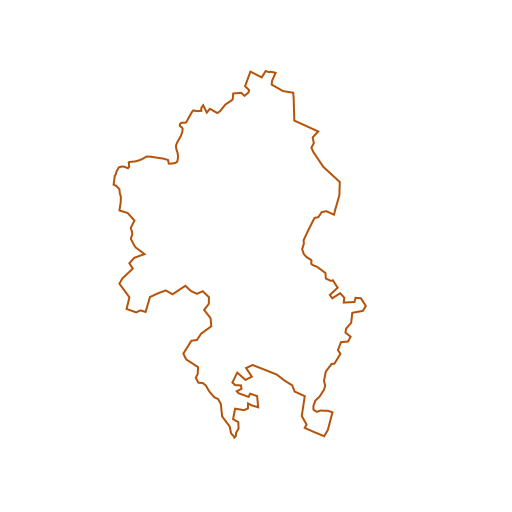 the Province of Gauteng, rotated 127°
{"feature_id": "ZAF-1208", "entity_name": "Gauteng", "entity_type": "Province", "adm_level": 1, "iso_a3": "ZAF", "parent_name": "South Africa", "parent_adm1": "", "projection": "orthographic", "projection_center": [28.225, -26.009], "detail": "fine", "context": "isolated", "style": "outline", "palette": "amber", "viewbox_px": 512, "rotation_deg": 127, "n_neighbors": 0, "source": "natural_earth", "source_scale": "10m", "svg_char_len": 3114}
<svg xmlns="http://www.w3.org/2000/svg" viewBox="0 0 512 512"><g transform="rotate(127 256 256)"><path d="M167.4,388.9L171.1,381.6L166.2,381.4L165.1,372.9L162.1,371.9L153.5,371.6L145.1,368.8L139.9,372.0L134.6,366.0L135.0,361.6L130.1,360.4L127.7,361.3L127.0,366.9L112.1,371.4L109.9,358.9L102.5,359.6L101.3,356.1L100.0,355.2L97.9,350.6L106.5,348.6L109.7,346.6L108.7,339.0L108.1,333.8L103.2,324.5L107.9,320.4L124.8,306.9L119.1,281.3L127.2,282.1L131.1,277.7L136.1,277.0L138.5,272.7L144.3,255.9L146.5,233.6L157.3,226.0L170.8,220.8L176.1,218.6L177.9,226.8L181.4,229.9L187.5,229.6L190.4,232.2L203.2,229.9L214.7,227.5L217.3,225.2L222.7,223.3L225.7,219.0L226.4,215.3L226.2,212.0L225.9,209.9L226.3,209.0L226.4,208.7L227.5,208.3L229.0,207.1L229.1,205.8L228.7,203.4L227.9,201.3L227.8,190.3L232.0,186.6L230.7,181.0L229.1,180.0L232.2,171.7L242.6,173.6L243.9,169.6L235.1,166.4L236.2,160.3L240.4,157.9L233.5,149.7L229.5,151.3L226.6,146.8L229.8,138.2L235.6,137.7L243.4,144.9L252.1,139.8L259.8,140.3L263.3,138.5L263.5,131.9L268.9,131.0L273.7,136.3L281.9,133.9L283.3,129.7L294.8,128.6L296.7,130.7L306.3,130.7L314.9,126.5L317.7,122.9L321.8,121.2L330.3,120.6L335.6,121.6L341.0,120.0L343.0,118.6L343.9,117.8L344.2,117.2L344.1,116.4L343.8,113.5L340.7,111.6L337.7,107.2L336.4,105.6L334.8,100.8L337.9,99.6L351.8,93.9L358.9,93.1L361.6,103.5L364.0,113.6L360.2,114.2L356.2,123.2L338.6,132.7L341.0,143.6L337.5,149.2L338.3,158.2L338.2,168.1L341.4,179.8L345.1,193.1L351.4,196.5L354.9,186.7L361.3,189.9L360.4,200.8L371.3,198.7L371.6,194.8L368.4,190.2L370.8,187.6L375.6,190.0L376.1,187.4L373.0,177.2L369.5,177.8L367.2,170.8L375.5,163.2L377.8,169.3L378.6,173.6L382.6,170.7L386.3,172.8L390.5,180.8L400.1,176.1L399.3,170.2L404.4,166.0L409.2,165.5L412.1,163.7L414.1,164.0L413.4,165.3L412.6,169.2L408.0,174.4L404.5,186.5L395.3,195.1L393.1,200.1L393.9,204.5L392.3,211.8L389.6,218.2L389.5,222.0L391.9,225.8L389.4,230.8L385.4,231.5L379.6,235.4L380.6,249.5L377.7,255.3L362.6,256.6L358.6,252.6L351.2,253.1L339.0,249.4L333.0,254.9L330.3,265.0L322.6,264.9L317.2,268.8L316.2,277.3L321.8,280.5L323.1,286.9L322.3,294.5L336.8,299.6L337.8,307.3L344.7,311.8L352.6,316.0L367.1,310.5L369.0,315.6L373.1,317.7L376.2,327.5L365.2,332.2L360.3,348.5L354.1,349.2L340.3,346.8L338.0,352.8L330.6,352.1L321.6,346.2L321.6,357.3L320.3,360.8L317.8,365.9L317.0,366.6L315.7,367.0L313.1,367.9L311.3,369.5L309.1,372.9L300.8,374.4L298.9,384.4L301.8,392.5L294.3,396.5L290.1,399.5L287.8,402.6L284.8,405.3L284.1,410.0L284.8,412.6L277.0,417.0L275.2,417.1L272.2,418.3L267.8,418.9L265.7,417.4L265.2,416.8L264.4,415.7L264.0,414.9L263.0,411.1L261.1,411.0L257.7,414.0L256.7,413.2L255.6,412.1L253.5,409.7L250.3,407.2L247.1,405.2L242.5,403.3L240.5,400.6L233.9,388.4L232.3,384.1L233.8,382.2L234.7,381.3L233.4,379.4L230.4,376.6L228.6,375.7L226.7,376.2L223.2,378.3L220.8,380.8L218.7,383.8L216.2,386.3L212.6,387.3L205.1,388.3L201.3,389.5L198.6,391.1L197.9,392.5L198.0,393.9L197.9,395.2L196.4,396.1L194.6,395.8L193.3,394.4L192.3,392.9L191.4,392.2L179.8,393.8L177.4,393.7L176.9,392.3L175.0,389.2L172.9,387.0L171.9,388.0L170.4,388.8L167.4,388.9Z" fill="none" stroke="#b45309" stroke-width="2"/></g></svg>